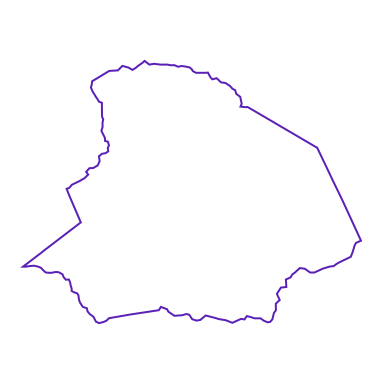 Flores, Pernambuco, Brazil
{"feature_id": "56859067B79651247321593", "entity_name": "Flores", "entity_type": "district", "adm_level": 2, "iso_a3": "BRA", "parent_name": "Brazil", "parent_adm1": "Pernambuco", "projection": "albers", "projection_center": [-37.929, -7.925], "detail": "fine", "context": "isolated", "style": "outline", "palette": "violet", "viewbox_px": 384, "rotation_deg": 0, "n_neighbors": 0, "source": "geoboundaries", "source_scale": "gbopen_adm2", "svg_char_len": 2137}
<svg xmlns="http://www.w3.org/2000/svg" viewBox="0 0 384 384"><path d="M109.3,70.9L92.2,81.2L91.7,84.8L90.9,87.5L92.7,91.7L94.6,94.7L95.8,96.7L97.3,98.8L99.0,101.7L101.9,102.8L101.9,106.9L102.0,114.2L102.1,117.0L103.2,119.2L102.5,123.1L102.6,126.9L101.4,130.9L104.9,137.8L105.1,141.0L107.8,141.6L109.0,145.2L107.8,147.9L108.2,151.4L105.5,153.2L102.0,153.8L99.0,156.2L99.6,161.3L97.6,165.5L93.3,168.0L89.4,168.2L86.2,171.8L88.2,174.6L84.5,178.2L79.8,180.9L71.8,184.8L69.3,187.9L66.6,188.8L69.0,194.9L80.8,222.4L43.4,251.0L41.0,253.0L37.4,255.7L23.0,266.7L25.6,266.7L28.0,266.3L30.6,266.0L33.9,265.7L38.0,266.6L40.8,267.7L43.0,270.0L45.7,272.5L50.7,272.9L55.8,272.0L58.6,272.2L62.5,274.3L63.6,277.1L65.8,279.7L68.9,279.5L70.1,282.4L70.8,286.0L71.6,288.3L71.7,291.0L74.3,292.4L77.0,293.2L78.4,295.2L79.0,299.8L80.0,302.5L82.7,306.8L86.9,308.3L87.5,311.3L89.9,314.2L93.5,316.8L95.9,321.6L99.0,323.1L103.3,322.1L106.4,320.7L109.0,318.2L131.0,314.4L158.8,310.2L160.9,306.9L167.0,309.2L168.4,311.7L174.4,315.8L182.5,315.2L186.3,314.0L189.2,314.7L192.2,319.2L196.6,320.6L200.4,319.9L205.6,315.5L215.0,317.9L218.9,319.1L225.6,320.2L232.4,322.8L241.0,318.9L244.5,319.4L246.9,316.1L249.4,316.7L254.5,318.3L260.5,318.3L263.5,320.5L267.5,322.3L270.1,321.9L272.4,319.3L273.9,313.1L275.9,310.2L275.8,303.7L279.7,300.0L276.9,293.9L280.9,287.6L286.3,287.0L285.9,279.5L290.6,277.4L292.3,274.4L294.9,272.6L299.7,268.1L304.8,268.7L310.1,272.5L314.5,272.5L322.7,268.7L329.5,266.6L333.7,266.1L336.0,264.3L338.6,262.7L348.3,258.0L350.8,256.8L352.9,251.4L354.6,245.5L356.0,242.9L361.0,240.7L342.7,200.9L331.8,178.4L330.0,174.5L319.1,151.7L317.2,147.8L247.6,107.0L245.2,107.2L240.5,106.6L241.7,103.8L240.2,96.8L236.3,93.9L235.2,90.2L232.5,88.8L230.0,86.0L225.5,83.0L220.9,82.3L218.8,80.2L216.6,78.2L212.4,79.3L210.5,77.4L207.9,72.6L205.4,72.8L201.7,72.8L196.0,72.8L192.9,71.2L191.5,68.9L189.2,67.3L184.6,66.4L181.2,66.0L178.2,66.8L174.5,65.2L170.1,65.2L167.5,64.6L160.6,64.6L154.1,63.8L149.3,64.6L144.6,60.9L142.7,62.6L140.8,64.0L138.0,65.9L135.9,67.8L132.4,69.9L128.5,67.6L122.4,65.9L117.9,70.4L109.3,70.9Z" fill="none" stroke="#5b21b6" stroke-width="2"/></svg>